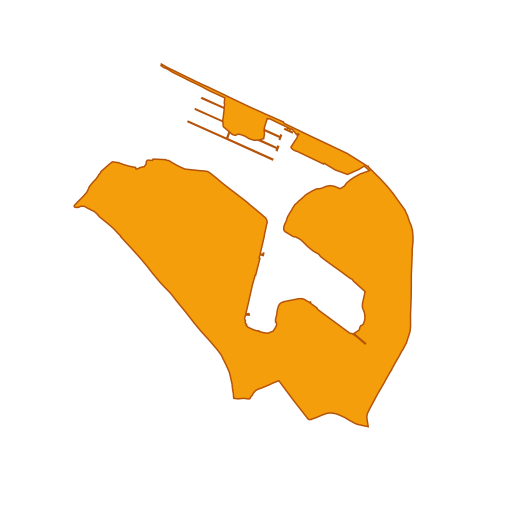 the district of Rodney Bay, Gros Islet, Saint Lucia, rotated 300°
{"feature_id": "8701671B61329229942409", "entity_name": "Rodney Bay", "entity_type": "district", "adm_level": 2, "iso_a3": "LCA", "parent_name": "Saint Lucia", "parent_adm1": "Gros Islet", "projection": "equal_earth", "projection_center": [-60.952, 14.073], "detail": "fine", "context": "isolated", "style": "filled", "palette": "amber", "viewbox_px": 512, "rotation_deg": 300, "n_neighbors": 0, "source": "geoboundaries", "source_scale": "gbopen_adm2", "svg_char_len": 6128}
<svg xmlns="http://www.w3.org/2000/svg" viewBox="0 0 512 512"><g transform="rotate(300 256 256)"><path d="M374.9,78.1L373.8,78.5L373.4,78.5L373.4,79.0L373.1,81.0L373.1,82.5L373.4,83.3L373.6,86.0L373.4,92.1L374.0,101.2L374.2,104.2L374.5,110.6L374.9,115.3L375.4,121.9L375.6,126.3L375.7,132.0L377.3,149.9L372.6,152.0L371.7,153.0L368.4,154.3L366.1,130.2L365.3,130.2L366.3,139.1L368.0,154.7L356.1,159.8L353.1,130.0L352.6,130.2L355.8,160.1L351.7,162.9L350.2,170.6L343.1,171.8L338.8,130.0L338.2,130.0L342.6,172.4L347.5,222.2L348.3,222.1L343.3,172.6L350.1,171.2L349.4,174.8L350.1,177.7L352.6,179.6L353.5,182.0L354.3,186.8L354.1,191.2L355.3,196.6L357.4,199.9L359.6,220.3L357.9,220.6L357.8,221.5L362.1,220.8L362.0,220.0L360.2,220.3L358.4,201.0L361.2,203.6L361.3,204.0L365.6,202.5L368.9,200.2L370.6,217.5L368.9,217.8L368.9,218.4L373.1,217.7L373.2,217.0L371.3,217.3L369.6,199.9L372.0,198.9L380.7,197.0L380.8,198.1L381.6,198.6L383.2,220.4L382.9,220.6L382.6,219.5L380.9,219.4L380.7,217.5L380.1,217.5L380.9,225.7L381.5,225.5L381.3,222.8L383.1,222.1L383.7,223.0L383.7,224.5L381.4,230.6L383.0,231.2L382.9,232.2L381.1,231.9L379.1,232.4L367.8,231.8L366.9,233.1L366.6,236.3L366.9,238.5L367.2,239.6L369.4,268.6L370.4,268.7L370.2,281.9L372.4,294.5L382.6,301.9L388.0,304.8L386.7,311.6L379.1,305.2L372.8,301.4L368.8,299.5L364.6,298.0L360.8,297.6L356.4,295.3L355.5,288.9L354.1,285.1L351.5,282.0L347.9,279.3L346.1,277.5L344.4,274.9L340.5,272.2L337.5,270.5L335.1,269.1L332.9,268.2L327.3,266.5L325.5,265.7L322.3,264.9L319.9,264.0L316.0,263.8L313.1,263.9L310.0,263.7L305.5,263.8L304.3,264.0L301.6,264.7L298.3,264.9L294.8,265.6L292.5,267.0L291.6,269.0L291.4,278.7L292.4,280.9L292.4,282.6L292.5,285.2L292.3,287.3L291.8,289.5L290.1,295.8L289.5,299.1L288.9,303.3L288.9,306.3L289.0,308.1L288.9,309.9L288.3,310.9L287.7,312.7L287.3,315.5L286.6,321.9L285.9,328.2L285.1,336.8L284.3,343.5L283.7,349.2L284.0,350.7L282.9,353.2L279.7,368.3L268.2,371.9L264.7,373.8L262.5,376.5L261.2,378.1L259.3,379.7L256.7,381.4L254.1,382.4L251.5,382.8L250.6,382.9L248.9,382.4L248.1,381.6L246.3,381.6L245.0,382.0L243.3,382.3L238.0,379.6L237.5,381.2L236.7,385.3L236.0,389.4L235.1,394.5L234.4,394.4L236.4,383.6L236.7,380.3L236.8,377.8L236.0,376.0L240.2,339.0L240.7,335.8L241.1,335.2L241.5,334.8L242.3,326.7L243.4,326.4L243.4,325.9L242.5,325.7L242.6,319.6L242.2,317.5L240.6,314.6L230.7,303.3L228.5,301.4L226.3,300.5L223.8,300.5L219.5,301.6L215.5,303.3L211.1,304.5L208.6,305.9L208.6,306.9L206.5,308.4L203.5,308.6L199.5,308.4L197.0,306.4L195.2,305.1L193.5,301.3L192.2,296.5L192.6,296.1L192.5,295.4L192.0,295.3L190.9,290.9L190.3,284.8L191.0,282.2L191.7,282.4L192.1,281.7L192.7,280.1L193.7,279.6L194.6,279.3L196.1,277.3L199.6,276.4L201.5,279.7L202.5,278.7L200.8,276.1L211.1,273.0L229.0,267.4L238.9,264.9L239.1,265.3L255.9,260.6L255.9,259.6L259.2,258.8L260.0,262.1L262.4,261.3L262.2,260.8L260.6,261.2L260.1,258.5L270.0,255.5L276.9,253.4L280.0,252.2L284.2,250.9L288.2,249.5L290.2,249.1L292.2,247.8L293.7,245.5L295.0,238.9L296.2,232.0L297.2,225.6L298.3,220.4L299.2,213.2L300.1,206.7L301.1,198.7L302.4,189.6L303.5,184.0L304.9,174.7L305.0,171.9L303.6,168.3L301.5,164.0L298.4,157.0L295.7,150.9L295.0,143.3L294.9,135.8L295.1,132.9L294.2,130.7L294.0,129.7L293.6,129.6L294.2,129.5L288.6,118.6L288.2,118.3L287.0,118.5L284.9,114.3L284.3,113.9L283.1,113.8L280.4,114.9L277.5,114.5L274.8,111.5L272.0,109.7L271.4,108.3L272.4,107.6L272.5,107.0L271.5,105.3L271.4,104.3L270.4,101.3L269.1,96.2L268.3,91.8L268.2,90.5L267.6,89.1L265.9,84.8L265.1,84.2L261.4,82.8L252.8,79.9L250.9,79.4L250.2,79.8L247.7,79.2L246.2,79.3L242.4,78.9L240.3,78.3L236.1,77.5L233.0,77.0L229.6,77.4L226.4,77.6L221.2,76.5L215.8,75.1L213.1,74.4L209.3,73.5L208.4,73.5L207.7,74.3L208.0,75.8L209.4,78.0L211.6,79.5L213.2,82.6L213.2,86.2L213.4,89.5L213.7,93.8L213.0,97.1L211.7,100.8L210.6,107.5L209.8,112.8L208.6,118.6L206.7,124.9L205.6,128.9L205.1,129.1L200.4,144.2L196.5,156.3L192.8,166.4L189.2,175.3L185.2,186.2L183.3,192.5L181.1,200.5L177.2,210.0L171.9,224.1L166.8,236.6L163.2,246.4L159.3,258.6L155.5,269.3L152.9,275.3L150.4,279.0L147.3,283.7L144.7,287.4L142.0,291.0L138.8,294.1L133.1,299.3L128.7,302.5L125.9,304.9L122.5,307.2L121.6,307.9L123.0,311.1L123.3,311.9L126.1,315.8L126.6,316.6L128.6,321.2L128.8,321.5L129.5,322.1L129.9,322.0L130.8,321.9L133.1,322.3L135.6,322.3L138.7,322.8L140.4,323.6L141.8,324.5L144.2,326.6L147.4,329.1L151.2,332.0L153.2,333.3L155.1,334.7L155.9,335.2L156.8,336.1L158.1,337.1L159.2,338.0L159.4,338.2L149.5,361.2L140.7,383.1L140.9,383.5L141.1,384.1L141.3,384.5L141.8,385.4L142.5,385.9L142.8,386.0L145.0,388.0L146.2,389.0L151.6,393.0L154.0,395.1L155.3,396.3L156.9,398.2L157.6,399.7L158.2,400.9L159.3,404.0L159.7,405.9L159.9,407.7L160.5,413.5L160.5,414.8L160.4,417.9L160.4,420.1L160.5,421.7L160.5,424.6L160.6,426.0L160.8,427.3L161.3,429.5L162.0,431.1L162.2,431.9L162.3,432.6L162.4,432.9L164.3,438.5L170.0,433.9L171.0,433.1L172.1,432.4L172.8,432.1L174.3,431.5L175.7,431.2L178.6,431.0L181.6,430.8L182.0,430.8L183.1,430.8L194.5,430.4L197.5,430.3L205.2,430.4L205.5,430.3L208.6,430.4L212.0,430.3L217.1,430.2L217.7,430.2L220.7,430.2L221.1,430.1L223.2,430.2L224.9,430.4L225.2,430.2L227.3,430.1L228.0,430.1L230.9,430.1L231.3,430.0L233.7,430.0L234.3,430.0L241.5,430.0L243.0,429.9L244.9,429.9L245.6,429.8L246.8,429.8L247.8,429.9L248.2,430.0L250.6,429.9L251.8,429.8L256.2,429.7L257.1,429.4L258.3,429.2L258.9,429.0L263.4,428.1L264.0,428.0L264.5,427.9L264.9,427.7L265.3,427.7L266.7,427.4L269.1,426.5L271.7,425.3L272.1,425.2L283.0,418.8L284.3,418.2L291.2,414.5L296.2,411.9L308.4,405.1L316.7,400.3L333.3,391.6L336.1,390.1L339.8,388.0L345.1,385.6L347.5,384.5L351.7,382.0L354.7,379.9L356.0,379.0L358.0,377.1L359.7,375.5L363.0,371.0L364.1,370.0L365.4,368.4L366.8,367.0L367.6,365.6L370.5,361.7L370.7,360.9L371.3,359.8L375.3,350.8L378.4,344.1L379.4,341.5L380.3,339.3L382.0,334.6L383.8,328.9L384.7,326.0L389.4,308.5L389.8,308.3L389.5,307.9L389.9,297.3L390.3,286.0L390.4,283.6L387.8,251.7L389.0,265.7L387.2,244.5L385.6,222.9L385.1,216.4L384.9,214.3L385.8,212.7L383.6,193.0L383.3,189.2L381.9,175.9L380.1,152.9L378.4,130.1L377.7,123.8L377.0,115.0L376.0,100.0L375.0,86.0L374.9,78.1Z" fill="#f59e0b" stroke="#b45309" stroke-width="1.5"/></g></svg>